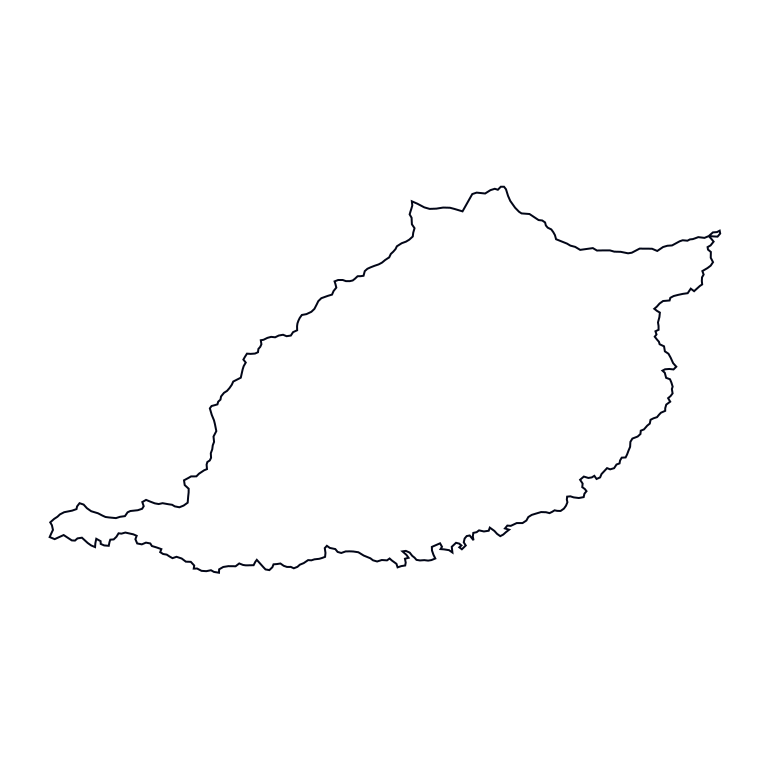 Goianorte, Tocantins, Brazil (Natural Earth projection), rotated 106°
{"feature_id": "56859067B40911142932648", "entity_name": "Goianorte", "entity_type": "district", "adm_level": 2, "iso_a3": "BRA", "parent_name": "Brazil", "parent_adm1": "Tocantins", "projection": "natural_earth1", "projection_center": [-48.98, -8.921], "detail": "fine", "context": "isolated", "style": "outline", "palette": "ink", "viewbox_px": 768, "rotation_deg": 106, "n_neighbors": 0, "source": "geoboundaries", "source_scale": "gbopen_adm2", "svg_char_len": 6167}
<svg xmlns="http://www.w3.org/2000/svg" viewBox="0 0 768 768"><g transform="rotate(106 384 384)"><path d="M200.7,407.6L204.6,406.0L208.2,406.0L211.1,406.1L213.9,406.1L216.6,403.3L219.3,402.4L222.8,401.2L225.8,397.6L230.5,397.6L234.3,397.0L238.3,399.5L241.1,402.1L243.8,405.8L248.1,409.6L251.1,410.1L254.3,411.6L257.1,413.3L260.8,413.9L264.4,417.0L267.9,419.4L270.5,422.1L273.0,425.7L275.5,429.0L277.8,431.7L280.8,433.6L285.6,433.5L286.8,436.2L287.7,439.1L290.9,441.0L293.1,442.6L294.6,445.3L295.6,448.9L295.4,452.3L296.7,456.8L299.0,459.8L301.2,458.3L304.5,456.4L308.5,458.1L312.4,458.6L314.7,462.2L318.8,467.9L322.5,470.0L326.0,470.6L331.0,471.6L334.6,473.7L338.2,477.8L340.3,482.0L343.7,483.2L346.5,483.7L349.6,483.9L352.4,483.5L356.3,482.3L359.2,485.7L363.1,486.9L364.9,490.8L364.5,494.6L366.4,498.5L369.1,501.5L369.8,505.5L371.8,508.8L374.7,512.0L375.9,514.5L379.6,512.8L382.4,513.2L384.9,514.4L388.2,513.9L390.3,516.4L391.8,520.5L392.6,524.1L396.4,525.2L399.3,525.9L401.5,522.8L405.5,523.8L408.9,523.9L412.4,523.7L417.4,523.4L423.2,529.6L426.7,530.1L430.5,531.4L433.9,533.0L436.6,535.4L440.9,537.2L444.1,536.9L446.7,538.5L449.5,538.5L451.2,541.2L452.7,543.7L455.4,544.7L461.1,541.1L465.8,537.4L469.1,535.5L475.5,532.2L481.5,533.4L486.5,531.4L490.2,531.7L494.1,531.1L498.3,531.4L502.6,529.9L505.5,530.4L507.7,532.3L510.4,532.3L514.6,530.7L516.5,533.1L521.2,537.1L524.5,538.9L526.0,544.0L528.0,545.9L531.7,549.7L536.1,547.7L538.5,542.9L542.1,541.9L546.2,541.2L552.2,540.0L556.1,543.1L558.9,546.7L559.3,551.4L558.5,554.4L559.0,558.1L559.6,564.0L561.5,567.5L561.9,571.4L561.5,576.1L561.0,580.8L564.1,583.8L567.7,581.3L570.6,582.1L573.2,585.9L576.0,592.8L578.0,595.1L582.4,596.6L584.4,601.1L586.8,604.7L588.1,611.7L588.6,615.1L588.1,618.4L587.1,623.3L587.0,630.4L585.3,635.3L582.7,639.5L582.5,643.8L586.3,645.3L589.0,645.1L591.7,648.9L595.4,656.1L598.7,659.6L601.6,661.3L604.6,663.9L609.0,666.7L611.3,664.3L615.5,662.0L619.7,662.7L623.3,663.2L623.9,657.8L617.5,650.3L620.4,641.0L619.7,637.9L616.9,636.1L615.0,632.0L618.5,625.0L619.9,621.0L620.4,616.8L616.4,617.6L612.1,617.9L613.2,613.1L615.8,612.2L616.3,608.5L615.4,604.0L611.6,604.3L609.1,604.2L607.9,601.0L604.6,599.1L600.7,598.0L600.2,595.1L598.1,591.7L597.6,583.5L598.1,579.9L601.7,580.2L605.3,577.3L604.9,572.6L602.1,569.1L601.7,564.7L603.7,562.5L603.8,557.3L604.1,552.5L607.3,552.8L608.3,549.5L607.9,545.8L608.9,542.7L609.7,539.3L607.3,535.8L607.5,530.4L609.4,525.5L608.2,520.7L610.8,516.4L613.9,516.0L612.9,512.8L613.9,507.9L612.9,503.2L610.7,499.0L611.5,495.7L610.9,490.6L607.6,491.4L604.2,488.1L602.0,483.4L600.1,476.4L596.4,473.7L596.8,469.6L596.4,466.8L595.3,463.2L594.1,459.4L590.5,458.7L588.1,457.8L590.6,453.8L593.0,450.0L594.9,446.8L594.5,442.9L590.9,440.8L587.8,440.5L586.6,437.3L585.1,434.1L586.4,430.3L586.6,426.8L585.5,423.2L586.0,419.9L583.6,416.8L580.9,415.1L578.3,411.8L574.2,408.4L573.5,405.2L571.7,402.5L569.9,398.1L568.4,395.7L566.4,393.0L562.5,393.7L558.1,395.7L555.3,394.3L556.5,390.9L556.1,385.3L558.2,382.3L558.2,378.5L555.5,374.7L554.3,370.8L553.5,367.5L552.8,362.3L554.5,356.2L555.3,349.0L556.5,346.0L556.5,341.7L553.8,337.6L552.7,332.5L550.2,330.5L551.5,327.8L553.4,322.5L556.5,320.4L554.3,317.2L552.6,313.6L549.7,313.9L546.2,315.7L544.3,312.5L542.1,315.3L539.8,320.1L538.4,317.0L539.0,312.8L541.4,309.5L542.5,306.8L544.1,304.3L543.7,300.8L542.2,296.7L541.6,292.9L540.2,289.9L537.6,286.6L534.5,289.4L530.8,292.0L527.4,293.1L521.7,286.2L524.5,283.4L527.1,284.1L526.4,280.6L525.8,275.7L527.1,271.8L521.8,274.0L516.8,271.0L516.7,267.7L517.9,265.1L520.2,266.6L521.4,263.6L516.7,260.9L514.2,263.7L510.3,263.9L507.4,262.6L506.0,259.9L509.5,254.9L506.1,256.6L502.5,257.1L500.9,254.1L498.5,252.3L498.2,247.3L496.2,242.9L492.9,242.7L494.8,237.4L496.9,234.0L498.2,230.3L495.9,227.9L492.9,226.0L489.6,223.6L489.5,227.9L486.1,226.4L485.4,223.0L481.1,218.1L479.5,212.5L476.0,209.5L472.1,208.6L469.1,205.9L467.0,202.7L463.8,197.7L462.6,192.9L462.5,189.3L460.5,187.1L458.4,185.2L458.2,182.4L457.3,179.2L454.2,176.7L450.8,175.5L447.1,175.1L444.7,176.4L441.8,176.9L440.6,173.9L440.7,170.4L439.9,165.3L437.7,160.9L434.2,161.1L431.2,159.8L429.6,162.0L428.5,165.0L425.0,165.6L422.0,169.1L417.9,166.4L418.0,161.7L416.5,158.5L414.3,156.5L416.7,153.5L414.2,150.5L410.6,150.1L407.7,148.6L403.4,146.4L403.7,143.1L401.5,139.6L397.3,138.3L395.4,135.7L392.5,136.0L389.3,135.2L388.0,131.5L384.7,130.9L380.7,130.6L376.6,130.1L371.7,131.2L368.0,130.2L364.6,125.7L361.4,123.7L358.1,124.3L356.0,121.6L351.5,119.5L348.8,117.6L344.9,117.9L342.7,115.5L340.6,112.4L337.8,111.2L335.3,109.9L332.3,106.3L329.7,107.0L326.0,107.0L322.1,104.0L319.3,107.0L316.6,105.2L313.5,104.0L309.5,105.9L307.0,105.8L303.3,108.2L300.6,110.4L300.3,114.5L295.8,117.2L294.4,120.0L292.4,117.9L290.9,113.9L290.2,109.7L286.8,107.8L284.3,111.8L279.7,115.7L276.5,118.9L275.2,123.0L270.6,125.2L269.8,130.0L267.6,131.4L266.0,133.9L263.9,136.8L261.3,135.7L258.5,137.6L256.2,135.0L252.5,136.1L249.3,137.6L243.8,137.7L239.3,138.5L238.5,141.7L237.2,144.9L234.5,143.1L230.7,141.3L227.3,138.6L225.0,132.5L222.2,132.5L219.6,129.8L217.3,125.9L215.0,121.6L213.0,117.1L207.8,115.4L209.3,111.5L202.7,107.4L200.6,105.6L197.3,106.9L193.8,107.7L190.7,106.9L187.7,109.1L183.4,105.0L180.2,102.6L176.2,101.3L172.6,104.7L167.0,106.2L165.5,109.6L163.2,110.7L160.8,108.3L156.3,106.4L154.4,109.1L152.3,112.6L155.2,116.2L156.2,122.4L158.0,124.8L159.6,127.1L160.7,129.8L162.6,131.8L163.5,136.5L165.3,139.1L171.4,145.3L173.0,149.7L175.4,153.5L180.8,158.0L180.1,163.7L183.4,175.6L189.5,182.0L191.1,185.4L191.7,192.9L193.3,199.1L193.3,203.7L194.6,208.3L197.0,216.1L195.8,220.7L201.0,232.4L199.5,238.0L199.6,243.0L198.6,246.8L197.4,258.5L193.8,260.7L191.4,263.1L189.3,265.8L188.6,269.7L187.0,272.1L184.3,273.7L183.2,277.0L183.8,280.6L180.5,291.0L182.1,298.8L181.2,301.7L178.4,306.6L173.2,313.1L169.0,316.6L163.2,320.4L161.3,323.0L162.2,326.1L165.9,328.1L165.8,331.3L168.3,335.1L173.0,339.3L174.5,347.7L177.1,351.5L196.4,356.1L196.3,364.6L196.4,369.2L198.1,375.8L201.0,382.0L203.1,388.4L203.1,394.0L201.5,401.6L200.7,407.6ZM152.3,112.6L151.1,107.0L150.4,104.0L146.7,102.3L144.1,103.6L146.2,105.8L147.6,109.6L152.3,112.6Z" fill="none" stroke="#020617" stroke-width="2"/></g></svg>